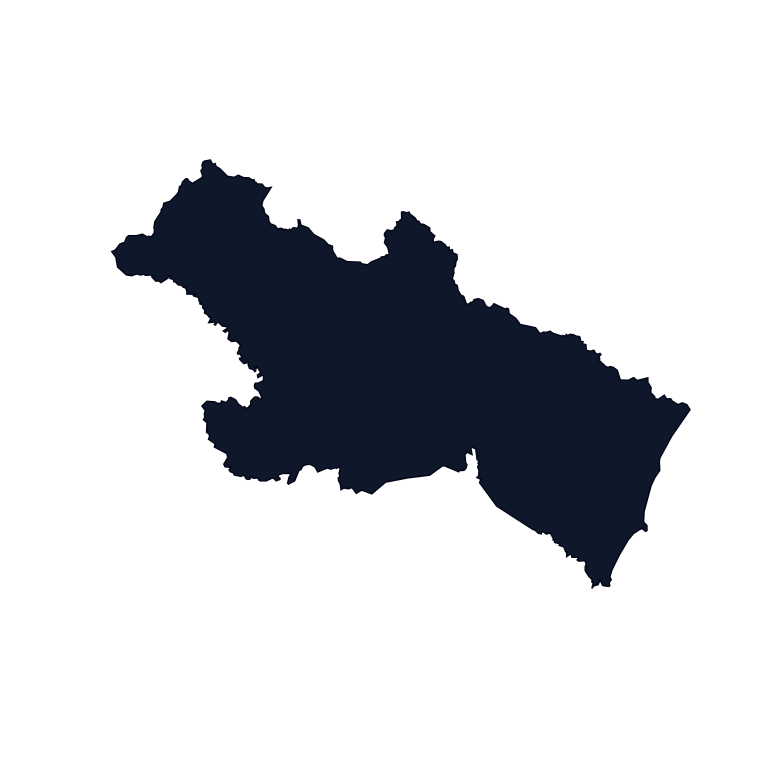 Hua Hin, Prachuap Khiri Khan, Thailand, rotated 33°
{"feature_id": "78962969B56213444646576", "entity_name": "Hua Hin", "entity_type": "district", "adm_level": 2, "iso_a3": "THA", "parent_name": "Thailand", "parent_adm1": "Prachuap Khiri Khan", "projection": "mercator", "projection_center": [99.679, 12.495], "detail": "fine", "context": "isolated", "style": "filled", "palette": "ink", "viewbox_px": 768, "rotation_deg": 33, "n_neighbors": 0, "source": "geoboundaries", "source_scale": "gbopen_adm2", "svg_char_len": 6148}
<svg xmlns="http://www.w3.org/2000/svg" viewBox="0 0 768 768"><g transform="rotate(33 384 384)"><path d="M447.5,253.3L445.8,253.5L445.3,255.1L432.5,256.8L432.1,260.7L430.4,263.0L427.1,263.1L421.7,260.0L416.8,261.0L413.7,264.0L413.8,267.1L412.3,268.3L411.3,271.2L409.5,272.0L403.1,267.1L399.8,267.6L395.1,265.1L391.7,261.5L388.9,261.7L386.6,259.4L384.0,258.8L382.2,253.0L379.5,249.3L379.5,246.0L377.7,242.4L377.5,239.7L374.8,235.8L370.2,236.5L368.2,234.2L365.8,236.5L364.2,233.8L361.8,235.3L359.8,234.0L354.3,233.5L351.8,234.7L348.2,238.4L346.1,235.5L346.0,232.2L339.4,231.2L337.3,228.3L330.4,228.5L327.4,230.1L324.7,228.6L322.7,229.3L319.6,227.8L313.3,227.4L311.5,226.2L309.1,228.5L307.0,228.7L305.1,230.3L309.1,236.2L308.0,238.2L308.6,239.5L306.3,241.1L308.7,243.9L308.0,247.6L308.6,249.5L306.5,251.6L302.8,253.0L302.5,257.1L303.1,258.8L305.8,260.6L307.5,265.3L312.6,267.2L317.3,271.6L317.5,273.4L315.6,274.4L315.2,276.9L312.7,278.8L312.5,280.5L306.7,288.9L305.4,292.9L300.3,295.2L297.7,294.8L286.5,301.5L278.5,302.4L276.3,304.2L268.0,300.0L265.7,296.5L261.3,297.6L255.1,296.0L243.7,296.9L235.4,294.4L227.7,296.0L224.1,292.3L222.5,293.1L226.0,297.5L226.8,300.6L223.0,302.1L221.6,306.2L220.3,305.8L220.4,307.1L217.3,307.8L217.0,309.3L216.1,308.7L212.4,309.7L210.3,312.0L206.4,310.5L201.6,311.5L198.9,310.3L195.8,306.5L191.1,306.0L187.6,302.4L184.3,301.2L182.5,296.3L182.2,280.6L179.6,283.2L176.6,284.1L173.0,282.8L168.4,285.4L166.9,284.7L165.9,285.3L164.1,283.6L161.6,284.8L158.2,284.7L154.0,287.4L148.1,288.3L145.9,292.2L139.6,295.1L128.8,292.8L124.7,293.1L122.4,291.1L121.5,292.6L119.3,292.4L116.4,290.7L111.9,295.0L111.4,297.0L112.4,299.8L114.5,302.1L114.3,304.8L118.3,308.0L119.0,310.0L114.1,320.0L110.2,320.1L107.2,319.0L106.0,319.8L105.0,324.3L106.2,328.6L105.0,329.7L107.1,334.8L107.0,338.1L105.1,347.4L100.9,352.3L102.5,356.3L102.2,359.1L103.4,361.2L103.4,372.6L106.1,378.6L107.6,378.9L107.8,380.6L109.1,382.0L108.7,387.4L106.3,388.1L105.4,389.6L99.9,389.9L95.3,394.7L89.0,398.7L88.3,401.5L89.4,406.5L86.3,410.3L85.7,418.0L83.6,421.2L90.0,423.6L96.9,431.0L108.5,432.8L113.5,430.5L116.7,426.3L120.3,425.3L122.9,422.6L124.7,422.8L129.0,419.6L130.9,419.4L130.9,420.6L136.8,422.0L138.6,420.3L141.7,420.4L145.0,413.1L145.0,410.2L147.1,411.0L147.1,412.0L150.4,410.9L151.8,412.6L154.4,412.1L156.9,412.9L159.1,412.3L160.0,411.0L162.0,412.1L165.6,411.6L168.5,413.8L169.6,415.9L174.4,413.0L176.5,413.7L176.0,410.9L177.1,410.7L177.8,413.4L181.3,412.4L184.5,415.7L186.2,415.4L185.9,417.0L189.3,416.4L190.4,418.8L193.6,419.6L194.8,422.2L197.7,421.9L201.3,423.1L202.9,422.3L203.6,428.0L207.9,424.4L209.8,424.7L209.2,426.4L210.4,426.4L210.8,422.1L216.8,423.5L221.2,421.4L222.2,422.8L220.4,427.0L222.8,427.0L223.3,424.4L226.0,424.6L228.6,431.1L233.1,431.3L236.7,428.3L242.6,429.6L242.8,432.8L244.2,434.8L244.0,437.3L244.9,438.5L246.8,437.3L249.4,438.3L250.4,439.6L248.9,441.1L249.6,441.9L255.4,443.2L258.4,439.7L259.9,442.1L262.7,444.1L266.5,443.1L268.9,444.0L269.3,443.2L268.3,441.2L266.3,440.3L267.5,439.3L268.6,439.7L268.8,438.7L274.5,441.8L272.9,445.3L274.8,447.2L277.1,442.9L278.7,442.9L281.1,446.9L278.4,451.2L279.0,451.1L275.7,453.4L276.0,455.6L277.9,457.8L282.8,457.9L288.5,461.6L290.0,463.9L284.9,463.9L282.6,465.5L281.6,471.0L283.5,474.0L282.9,477.8L281.7,479.5L279.4,478.9L278.5,480.5L272.8,480.2L268.0,478.1L262.8,478.6L261.5,480.5L262.4,481.8L261.7,485.6L257.1,486.7L257.5,489.3L255.1,490.9L251.9,491.1L244.9,495.0L243.3,501.6L248.8,503.7L249.4,506.6L251.9,509.5L252.1,512.3L256.6,512.8L261.5,521.1L264.6,521.3L266.3,522.9L266.9,525.9L275.0,526.1L276.0,529.2L290.2,527.9L293.1,531.0L293.3,538.4L295.8,540.0L301.0,537.2L300.9,540.5L303.3,541.2L305.6,540.5L308.2,541.8L314.3,539.3L316.4,536.6L319.9,538.5L321.9,538.1L323.3,536.7L323.2,534.3L325.8,534.1L329.5,531.4L331.3,532.7L333.0,532.6L338.1,529.3L341.4,523.8L343.2,523.1L346.2,524.0L348.7,520.7L348.0,519.7L345.2,519.6L345.4,517.0L347.9,514.1L353.9,510.2L355.2,511.3L355.1,513.8L357.2,519.7L358.4,519.9L361.8,514.0L359.7,502.9L361.0,500.8L360.5,497.9L361.6,495.1L365.5,491.6L371.3,491.1L376.3,493.8L382.1,485.4L385.8,484.3L388.6,480.9L390.2,480.5L391.3,477.8L393.6,479.2L395.0,483.4L397.7,485.6L396.7,487.3L398.2,489.6L401.9,491.8L405.5,496.0L407.0,493.1L411.4,491.1L413.0,488.8L414.4,488.5L420.3,490.8L423.0,485.2L433.6,482.7L438.8,465.4L455.0,449.8L471.9,435.6L477.5,421.0L479.2,419.7L494.4,416.9L494.1,415.8L498.1,412.8L498.6,410.4L497.6,406.6L495.4,405.6L490.0,398.8L490.7,397.5L490.2,396.0L496.2,395.2L492.1,390.9L491.9,389.8L492.8,389.0L496.3,388.4L503.2,396.6L505.3,396.9L506.3,399.5L507.5,399.8L507.8,402.6L510.8,404.7L513.4,409.6L512.9,411.8L517.2,411.2L517.9,414.7L545.1,425.0L588.5,424.9L588.7,424.1L594.8,425.1L597.5,424.0L596.9,422.8L597.7,421.2L601.9,421.4L604.6,418.4L610.5,421.5L610.6,422.6L612.0,422.2L613.4,423.9L618.2,422.3L618.9,423.9L623.6,422.6L627.7,425.8L628.9,425.4L631.2,429.2L632.8,425.4L634.2,425.0L636.1,426.9L641.0,423.6L642.0,424.2L641.8,426.4L643.6,426.6L648.6,422.8L651.5,424.5L652.3,427.7L654.4,430.9L660.5,433.8L665.1,434.7L666.1,436.7L668.1,437.2L669.6,442.2L669.9,438.9L672.8,435.7L671.8,430.6L677.3,433.9L682.8,431.3L683.2,430.1L681.4,428.7L680.8,426.8L681.3,424.6L678.3,422.5L676.4,415.6L674.5,399.7L673.7,382.2L674.6,373.7L677.7,366.6L679.3,364.5L683.5,365.2L684.4,363.6L681.5,359.5L677.0,358.5L671.6,349.4L663.4,324.0L662.1,314.9L662.3,306.3L656.7,298.5L655.6,295.4L653.7,271.2L654.6,238.9L649.3,236.4L644.4,237.4L641.8,241.2L635.2,241.4L632.4,240.2L629.2,242.7L625.2,240.8L622.3,247.7L619.1,248.6L617.8,247.2L612.4,246.0L609.9,241.5L604.4,238.9L601.9,235.2L594.4,243.2L589.9,242.7L586.9,247.8L580.0,252.0L572.2,245.5L567.2,245.2L564.0,246.3L563.0,248.1L560.3,248.6L551.7,247.0L551.1,245.2L549.4,244.2L549.9,241.1L548.5,240.7L547.5,242.3L545.3,243.2L541.6,241.4L539.3,244.1L535.4,245.6L531.9,241.1L528.6,242.2L527.8,240.1L525.7,241.2L522.8,238.0L521.1,238.0L520.4,238.9L515.3,239.7L515.3,240.8L513.3,240.6L511.7,243.3L509.9,243.2L510.1,245.0L507.4,246.1L507.3,247.0L497.9,249.5L494.7,249.2L491.7,252.6L489.8,253.4L487.3,256.9L480.5,254.3L465.8,259.9L458.8,257.2L450.7,256.9L447.5,253.3Z" fill="#0f172a" stroke="#020617" stroke-width="1.5"/></g></svg>